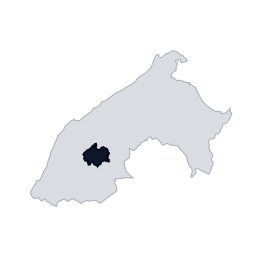 La Convencion, Cusco, Peru (highlighted), rotated 83°
{"feature_id": "86281439B48996208982152", "entity_name": "La Convencion", "entity_type": "district", "adm_level": 2, "iso_a3": "PER", "parent_name": "Peru", "parent_adm1": "Cusco", "projection": "mercator", "projection_center": [-72.836, -12.335], "detail": "fine", "context": "in_parent", "style": "filled", "palette": "ink", "viewbox_px": 256, "rotation_deg": 83, "n_neighbors": 0, "source": "geoboundaries", "source_scale": "gbopen_adm2", "svg_char_len": 8251}
<svg xmlns="http://www.w3.org/2000/svg" viewBox="0 0 256 256"><g transform="rotate(83 128 128)"><path d="M184.7,70.5L184.7,71.2L183.8,71.6L182.9,71.0L181.7,71.2L179.8,69.5L175.4,69.8L173.4,71.8L170.5,72.2L167.3,73.1L163.6,73.5L157.9,76.7L156.6,78.0L154.0,79.9L151.9,80.5L150.8,86.3L148.8,89.6L148.0,91.5L149.1,94.3L149.1,95.7L147.9,96.8L147.0,96.9L145.0,98.1L142.1,100.6L141.6,102.6L142.5,105.2L142.2,105.5L139.8,106.0L139.8,107.5L139.3,108.0L141.4,110.1L142.5,110.6L142.6,111.1L142.4,111.6L141.9,111.9L141.9,112.3L143.4,113.9L144.4,117.0L146.6,118.5L146.6,119.5L147.2,120.5L148.3,121.2L150.9,124.4L151.0,125.8L148.3,129.1L152.7,129.1L157.6,130.2L158.3,130.8L158.9,132.3L158.9,133.3L159.9,134.1L159.8,135.9L166.3,135.9L170.4,135.4L177.2,129.9L178.3,129.4L177.7,130.6L177.6,131.5L178.0,132.5L177.2,133.8L177.1,147.4L178.4,146.7L180.0,147.9L181.1,148.0L184.8,146.5L189.1,146.7L199.2,164.5L198.3,165.7L198.3,166.7L197.1,167.4L195.9,168.9L195.8,176.0L194.8,178.2L195.4,179.3L195.9,181.6L196.8,182.9L197.1,183.8L197.0,184.1L195.6,184.9L195.5,186.2L193.0,188.8L192.5,190.5L191.6,191.1L191.4,193.0L193.7,196.2L192.2,198.1L190.9,200.9L193.2,206.9L194.1,207.7L195.1,207.7L196.6,208.2L197.4,209.1L195.5,210.2L195.2,210.7L195.4,212.7L193.4,214.1L190.7,217.9L189.9,218.1L188.6,219.2L188.3,219.8L188.6,220.3L189.7,221.4L189.9,222.8L187.9,224.5L186.5,224.7L186.0,225.2L186.6,227.5L186.6,228.5L186.2,229.8L185.2,231.1L182.3,232.5L179.7,232.7L175.2,229.3L173.8,227.9L169.3,224.9L168.6,221.8L167.1,220.3L164.4,219.2L162.2,217.6L160.6,216.9L156.6,213.4L152.9,212.3L146.1,208.7L142.4,207.5L137.7,204.1L135.2,203.2L133.1,201.6L127.0,198.3L126.0,197.2L125.0,195.5L123.7,194.6L122.1,192.3L119.8,191.0L117.6,189.2L114.9,184.5L113.6,183.4L113.5,181.2L112.6,180.3L114.0,179.6L114.8,176.2L114.4,174.6L111.2,170.1L110.6,168.2L108.3,164.8L107.5,162.8L105.7,161.3L104.9,160.0L103.9,159.4L103.9,157.9L103.1,154.9L102.1,153.4L98.5,150.6L98.2,147.5L97.3,145.4L92.3,136.9L89.4,128.7L86.9,124.1L85.9,121.5L85.8,120.1L84.0,117.7L83.0,115.4L78.9,111.2L76.5,106.5L76.2,105.1L74.6,102.5L71.9,99.1L70.6,97.7L62.8,93.6L59.0,91.0L58.6,89.7L58.8,89.0L59.6,88.3L60.7,88.8L61.4,88.6L62.0,87.7L62.0,86.3L61.3,84.5L58.7,81.0L59.4,79.4L56.8,75.4L57.5,71.4L58.0,70.5L61.9,66.5L62.9,64.8L64.5,63.7L66.2,62.1L68.2,60.9L68.8,61.3L69.4,63.4L69.3,64.9L69.9,66.4L68.5,67.9L67.0,67.6L66.4,67.9L66.1,68.6L66.4,69.7L66.8,70.1L67.9,70.2L66.4,72.2L66.5,72.7L67.6,73.0L68.6,72.5L69.7,71.3L70.3,71.1L74.2,73.2L75.9,72.9L77.3,73.9L77.5,75.4L79.4,78.3L82.3,79.0L82.8,78.7L83.4,77.7L84.0,77.5L84.2,75.9L86.7,74.2L87.0,73.0L86.7,72.1L86.7,71.5L88.2,67.7L88.7,67.3L89.1,66.0L89.7,65.3L90.5,61.0L91.2,61.0L91.8,62.1L92.6,61.8L92.2,60.8L92.3,60.5L95.1,57.1L95.9,56.3L109.2,51.6L115.9,46.8L121.7,40.0L123.5,33.2L124.2,33.7L125.3,33.5L124.9,30.7L125.2,29.4L125.2,29.0L123.3,27.4L122.6,25.6L121.0,24.6L121.1,24.2L122.8,24.5L124.3,24.4L125.6,23.3L126.6,23.3L128.7,24.9L130.4,25.0L130.9,26.1L132.4,26.9L134.7,29.3L135.7,31.9L135.6,32.4L136.6,33.7L138.8,34.4L140.9,36.2L143.1,36.8L144.1,38.5L144.8,39.1L145.1,40.1L144.7,41.2L145.0,41.8L146.7,42.8L148.1,42.9L148.4,43.4L149.2,46.2L148.7,47.6L148.9,48.4L150.7,49.1L151.3,49.7L152.7,49.8L154.8,49.2L157.4,50.1L159.4,49.8L160.3,49.6L161.3,48.9L162.0,49.0L164.1,47.2L164.7,47.0L166.8,47.8L168.6,49.0L170.9,48.8L171.8,48.0L173.5,47.6L176.4,49.1L177.1,49.8L177.9,50.0L181.0,51.5L181.6,52.1L183.3,52.7L183.6,53.2L183.5,53.7L176.1,65.3L178.4,66.3L180.5,65.7L181.7,66.5L182.5,68.4L184.2,69.6L184.7,70.5Z" fill="#d9dde1" stroke="#a8b0b8" stroke-width="1"/><path d="M153.2,175.5L153.5,175.1L153.8,175.0L154.1,175.1L154.5,174.9L154.8,174.6L155.0,174.7L155.2,174.4L155.4,174.5L155.6,174.2L155.7,173.8L155.6,173.4L155.7,172.8L155.5,172.7L155.4,172.5L155.5,172.3L155.3,172.3L155.3,172.0L155.1,171.5L155.5,171.3L155.8,171.2L156.4,171.5L156.6,171.7L156.8,171.8L157.0,172.0L157.5,172.3L157.7,172.1L158.0,172.1L158.5,171.8L158.4,171.6L158.6,171.5L158.8,171.7L159.0,171.7L159.1,171.9L159.3,171.9L159.3,171.7L159.4,171.4L159.7,171.5L159.8,171.1L159.9,170.9L160.0,170.6L159.8,170.5L159.8,170.4L159.5,170.2L159.4,169.9L159.3,169.7L158.9,169.6L158.7,169.6L158.4,169.4L158.1,168.9L158.1,168.7L157.9,168.5L157.8,168.2L157.9,167.8L157.7,167.6L157.8,167.0L157.9,166.7L158.2,166.5L157.9,166.3L157.7,166.1L157.8,166.0L158.1,166.0L158.3,166.2L158.9,166.3L159.3,166.4L159.6,166.3L159.8,166.3L159.9,166.2L160.2,166.1L160.3,165.9L160.5,165.4L160.5,165.1L160.8,164.7L161.0,164.7L161.1,164.2L161.2,163.8L161.3,163.8L161.3,163.6L161.7,163.5L161.8,163.4L162.1,163.4L162.3,163.1L162.2,162.9L162.3,162.6L162.5,162.6L162.4,162.5L162.1,162.4L161.5,162.1L161.5,161.8L161.4,161.7L161.2,161.7L160.9,161.6L160.7,161.5L160.8,161.0L160.7,160.7L160.9,160.4L160.8,160.2L160.8,159.7L159.9,159.4L159.3,159.5L158.8,159.4L158.8,159.0L159.0,158.8L158.7,158.7L158.0,158.4L158.1,158.0L158.1,157.9L158.0,157.5L158.1,157.1L157.5,156.8L157.5,156.5L157.7,156.4L157.6,156.2L157.1,155.7L157.1,155.4L157.3,155.2L157.5,154.9L157.5,154.7L157.9,154.6L158.0,154.4L158.4,154.0L158.4,153.8L158.3,153.7L158.5,153.4L158.4,153.2L158.5,153.1L158.4,153.0L158.6,152.8L158.6,152.6L158.6,152.2L158.8,151.9L159.1,151.7L159.2,151.2L158.9,151.1L158.7,151.2L158.7,150.9L158.4,150.8L158.3,151.0L158.2,151.0L158.2,150.9L158.1,151.0L157.9,151.0L157.6,151.1L157.5,151.3L157.4,151.2L157.4,151.3L157.4,151.2L157.3,151.4L157.2,151.3L157.1,151.5L156.9,151.6L156.7,151.7L156.6,151.8L156.6,151.7L156.5,151.8L156.5,151.7L156.4,151.8L156.2,151.9L156.3,151.9L156.2,152.0L156.2,151.9L156.1,152.0L156.0,152.3L155.9,152.3L155.9,152.1L155.8,152.3L155.7,152.3L155.6,152.2L155.3,152.3L155.3,152.2L155.2,152.3L155.2,152.2L155.0,152.3L155.0,152.2L154.8,152.2L154.7,151.9L154.6,152.0L154.6,151.8L154.4,151.8L154.4,151.7L154.1,151.8L154.0,151.6L153.9,151.6L153.8,151.4L153.7,151.3L153.3,151.5L153.1,151.6L152.9,151.7L153.0,151.5L152.9,151.5L152.7,151.6L152.4,151.7L152.5,151.6L152.4,151.6L152.4,151.4L152.3,151.5L152.2,151.4L152.0,151.5L152.0,151.3L151.9,151.4L151.9,151.2L151.8,151.4L151.5,151.2L151.4,151.3L151.5,151.4L151.4,151.3L151.4,151.2L151.5,151.1L151.2,151.2L151.1,150.9L151.3,151.0L151.4,150.8L151.1,150.8L151.1,150.6L151.3,150.6L151.2,150.4L150.9,149.8L151.0,149.8L150.9,149.7L150.4,149.9L150.3,150.3L149.9,150.5L149.7,150.4L149.1,150.6L148.7,150.6L148.4,150.6L148.2,150.7L147.7,150.9L147.1,150.8L146.7,150.9L146.7,151.1L146.4,151.3L146.3,151.5L146.1,151.6L145.9,151.7L145.6,152.0L145.5,152.3L145.4,152.4L145.3,152.5L145.2,152.7L145.5,153.1L145.6,153.4L145.3,153.5L145.1,153.4L145.0,153.7L144.3,154.1L143.8,154.8L143.7,155.1L144.2,155.8L144.2,156.0L144.1,156.3L144.1,156.9L144.4,157.1L144.9,157.2L145.1,157.4L145.4,157.9L145.7,158.1L145.6,158.3L145.8,158.5L145.7,158.6L145.8,158.8L146.1,158.8L146.1,159.0L146.1,159.3L146.0,159.5L146.1,159.8L146.3,159.9L146.6,160.1L146.5,160.3L146.2,160.4L145.7,160.5L145.3,161.3L145.3,161.5L145.0,161.7L144.8,161.6L144.5,161.8L144.3,161.9L144.2,161.9L144.0,162.4L144.0,163.0L143.9,163.2L143.6,163.1L143.2,162.9L143.2,162.5L142.9,162.2L142.7,161.9L142.3,161.8L141.6,161.3L141.3,161.4L141.1,161.5L140.7,161.5L140.2,161.3L139.9,161.5L139.6,161.5L139.7,161.9L139.7,162.3L139.8,162.6L139.7,162.8L140.0,162.8L140.2,163.1L140.5,163.4L140.8,164.0L141.0,164.4L141.0,164.9L141.1,165.0L141.2,164.9L141.4,164.9L141.6,165.4L141.6,165.8L142.1,166.3L142.3,166.3L142.3,166.1L142.5,166.1L142.6,166.4L142.8,166.5L143.2,167.1L143.6,167.6L143.6,167.8L143.7,168.1L144.0,168.2L144.0,168.5L144.7,169.1L144.6,169.3L144.7,169.5L144.8,169.6L145.0,169.5L144.9,169.7L144.9,170.0L144.7,170.1L144.8,170.2L144.8,170.3L145.1,170.3L145.3,170.3L145.2,170.7L145.1,170.8L145.1,171.0L145.2,170.9L145.4,171.1L145.6,171.2L145.5,171.4L145.6,171.5L145.7,171.8L145.8,171.8L146.0,172.0L146.0,172.3L146.1,172.5L146.3,172.9L146.3,173.0L146.5,173.4L146.7,173.5L146.8,173.6L146.7,173.8L146.8,173.9L147.1,174.0L147.2,174.3L147.4,174.4L147.4,174.6L147.7,174.7L147.7,174.8L147.8,174.8L148.0,175.0L148.3,175.0L148.5,175.1L148.6,175.3L148.7,175.5L148.8,175.3L148.9,175.2L149.0,175.1L149.2,175.4L149.4,175.3L149.4,175.5L149.5,175.5L149.9,175.3L150.1,175.0L150.3,175.1L150.9,174.8L151.2,174.8L151.5,174.7L151.8,174.8L151.9,175.1L152.1,175.1L152.4,175.2L152.5,175.1L152.9,175.2L152.9,175.3L152.9,175.5L153.0,175.6L153.2,175.5Z" fill="#0f172a" stroke="#020617" stroke-width="1.5"/></g></svg>